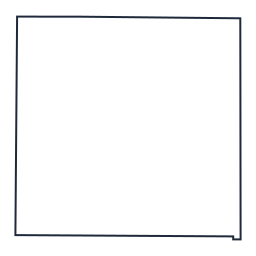 Jones, Texas, United States of America
{"feature_id": "52423323B81114604697536", "entity_name": "Jones", "entity_type": "district", "adm_level": 2, "iso_a3": "USA", "parent_name": "United States of America", "parent_adm1": "Texas", "projection": "orthographic", "projection_center": [-99.797, 32.737], "detail": "fine", "context": "isolated", "style": "outline", "palette": "slate", "viewbox_px": 256, "rotation_deg": 0, "n_neighbors": 0, "source": "geoboundaries", "source_scale": "gbopen_adm2", "svg_char_len": 216}
<svg xmlns="http://www.w3.org/2000/svg" viewBox="0 0 256 256"><path d="M240.3,18.3L82.2,16.7L17.1,16.6L15.4,235.1L233.2,236.4L233.2,239.4L240.6,239.4L240.3,18.3Z" fill="none" stroke="#1e293b" stroke-width="2"/></svg>